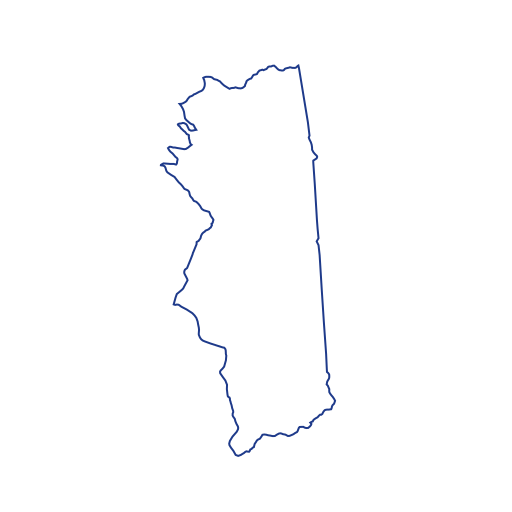 Banissa, North-Eastern, Kenya (Robinson projection), rotated 111°
{"feature_id": "3690345B63925745903052", "entity_name": "Banissa", "entity_type": "district", "adm_level": 2, "iso_a3": "KEN", "parent_name": "Kenya", "parent_adm1": "North-Eastern", "projection": "robinson", "projection_center": [40.459, 3.998], "detail": "fine", "context": "isolated", "style": "outline", "palette": "blue", "viewbox_px": 512, "rotation_deg": 111, "n_neighbors": 0, "source": "geoboundaries", "source_scale": "gbopen_adm2", "svg_char_len": 6114}
<svg xmlns="http://www.w3.org/2000/svg" viewBox="0 0 512 512"><g transform="rotate(111 256 256)"><path d="M449.0,203.7L449.0,201.0L447.2,198.9L446.1,198.1L444.2,196.6L443.0,196.0L441.8,195.0L441.6,193.7L441.2,192.3L440.2,192.0L438.7,192.0L437.7,191.0L436.1,190.4L435.2,189.5L431.9,189.9L430.7,189.6L429.4,189.3L428.0,189.1L426.6,188.3L425.2,186.9L422.5,186.2L420.6,185.9L419.7,184.4L419.2,182.5L419.0,180.4L418.7,179.0L418.5,178.1L418.4,177.2L418.1,175.7L417.3,173.9L415.2,172.4L413.5,170.9L412.8,169.7L412.6,168.4L412.7,167.2L412.2,164.4L412.4,163.3L412.6,161.7L411.9,160.2L409.6,157.8L408.7,157.0L407.6,156.3L406.6,155.5L405.8,154.7L404.7,154.4L401.0,154.4L400.0,154.0L399.2,152.2L398.5,150.5L398.8,149.2L398.6,147.4L397.8,145.7L395.6,144.5L394.2,144.1L392.9,144.1L392.1,145.6L390.9,144.7L390.1,143.7L388.9,143.7L387.7,143.2L386.0,142.0L384.5,140.7L382.5,140.0L381.1,139.2L380.8,138.2L379.7,137.5L378.5,137.4L377.0,137.2L375.3,136.6L374.4,135.5L373.8,134.3L373.2,132.8L372.1,130.9L370.6,130.9L369.2,131.2L367.7,131.0L366.0,130.2L364.7,130.2L362.8,130.3L361.4,131.9L360.0,133.9L359.1,135.6L357.9,137.5L356.9,138.7L355.7,139.3L354.0,139.9L352.8,141.1L351.3,142.5L350.6,144.0L349.5,144.2L347.8,144.5L346.3,144.3L344.9,144.0L343.5,144.0L341.7,144.6L340.3,145.3L339.3,146.8L338.8,148.2L335.9,149.5L322.4,155.4L293.1,169.1L262.9,183.0L232.4,196.9L223.5,201.5L220.6,204.6L217.0,204.0L208.6,208.2L200.8,211.9L167.8,226.9L147.6,236.3L146.4,236.7L143.2,234.4L141.5,234.4L140.7,235.1L139.8,237.3L138.6,239.5L136.7,241.7L134.5,242.6L132.2,243.9L130.2,245.5L128.0,247.9L126.5,249.2L124.4,249.2L112.7,255.4L65.4,283.1L63.0,284.7L63.6,285.2L64.9,285.7L66.0,286.4L66.5,287.2L67.2,289.1L67.4,290.0L67.5,291.2L67.7,292.0L68.5,292.9L69.0,293.7L70.2,295.4L71.0,296.2L72.1,296.4L73.1,297.2L73.6,298.4L73.8,299.6L74.1,300.8L73.9,302.1L73.2,303.9L72.6,305.0L71.8,307.3L72.5,308.7L73.7,309.9L74.1,311.1L74.3,311.4L74.7,312.0L75.1,312.4L75.4,312.5L77.1,313.0L77.8,313.4L79.1,314.9L79.8,315.5L79.8,316.9L80.6,317.8L81.1,318.5L81.6,319.2L83.9,320.1L85.7,320.3L86.3,320.9L87.7,323.0L88.6,323.5L88.9,323.5L90.1,323.7L92.0,324.1L92.9,325.3L94.4,326.5L95.3,327.1L96.4,327.5L97.6,327.3L98.4,327.4L100.1,327.5L101.1,327.2L102.5,327.9L103.9,328.8L105.0,330.3L105.3,331.4L105.7,332.7L105.9,335.6L107.0,336.9L107.4,337.9L108.2,339.4L109.4,340.6L109.1,342.5L108.6,345.1L108.3,346.7L107.5,348.9L106.6,350.9L105.9,352.2L105.8,353.9L105.5,355.2L105.9,358.5L105.6,359.5L105.1,360.9L105.1,362.6L105.9,365.1L106.6,366.9L107.7,368.3L108.6,369.1L109.5,368.3L110.3,367.4L111.3,366.8L112.4,366.1L113.5,365.5L115.6,364.9L117.6,364.8L119.6,365.1L121.3,366.0L123.1,367.9L126.3,370.6L127.4,371.9L128.8,372.6L129.8,373.5L131.0,374.9L132.1,375.4L134.3,376.1L135.8,376.3L137.3,377.0L139.6,378.9L140.6,380.1L141.4,381.8L142.1,380.6L143.0,379.2L145.1,376.7L147.2,374.9L150.6,373.0L153.0,371.5L154.1,369.6L155.7,365.2L156.0,363.6L155.9,361.7L156.9,360.3L158.2,359.0L159.6,357.0L160.4,358.3L161.5,359.9L162.3,361.6L162.1,363.7L158.7,367.3L158.0,368.4L157.7,370.5L158.0,372.0L159.1,373.4L159.7,374.7L160.1,375.2L160.4,375.7L161.1,376.1L161.7,375.6L162.1,374.8L162.3,373.7L162.9,372.9L163.8,371.6L164.1,370.6L165.2,368.1L165.5,366.8L167.0,364.3L167.1,362.2L167.7,361.7L168.8,361.5L169.5,360.9L170.2,360.8L171.0,360.1L171.9,359.5L172.5,359.0L173.4,358.6L175.0,357.1L175.3,356.0L177.7,357.5L178.9,358.1L179.3,358.4L181.2,359.8L182.0,361.3L183.0,366.4L183.4,368.2L183.8,370.6L184.4,372.1L184.5,373.3L184.6,374.7L184.9,375.6L185.2,375.9L185.8,376.3L186.5,376.6L186.8,376.8L187.7,375.8L188.5,374.7L189.3,373.3L189.9,371.5L190.2,370.6L192.4,366.6L192.7,365.3L192.9,364.9L193.3,364.3L193.6,364.0L193.9,363.8L195.2,363.6L196.1,363.5L197.6,363.1L198.0,363.1L198.9,363.2L199.3,363.4L199.5,365.7L200.8,369.1L202.0,373.2L202.7,375.5L203.3,376.1L205.0,377.4L205.4,377.3L205.3,376.7L204.9,375.3L204.9,374.9L204.9,374.1L205.0,373.7L205.1,373.3L206.0,372.2L208.4,370.4L208.7,370.1L209.6,368.8L209.7,368.5L210.7,364.4L211.3,360.9L211.4,360.3L211.7,359.9L213.3,357.3L214.8,354.7L215.0,354.3L215.5,353.0L216.1,351.6L217.2,349.6L218.8,347.2L219.0,346.7L219.1,344.0L219.1,343.5L219.2,343.1L219.7,342.1L220.0,341.6L220.4,341.2L221.5,340.5L222.5,339.8L223.5,339.0L224.3,337.7L225.1,336.0L226.0,335.0L226.8,333.8L226.8,331.4L226.9,330.9L227.1,330.4L228.0,328.3L229.4,326.0L231.1,324.0L231.4,323.5L231.6,323.0L231.9,321.7L232.0,321.2L232.0,320.6L231.7,316.9L231.6,315.6L232.1,315.0L234.6,312.8L235.6,311.4L236.2,310.4L236.9,309.4L237.5,308.7L238.2,308.6L239.2,308.6L239.6,308.5L240.2,308.4L240.9,308.5L241.3,308.6L241.8,309.1L242.3,308.9L243.0,308.2L243.3,308.2L243.7,308.2L244.3,308.4L245.5,308.4L245.9,308.6L246.5,309.1L247.5,309.5L247.8,309.6L248.8,310.5L250.4,312.2L250.7,312.3L251.6,312.6L253.0,313.6L254.4,314.2L255.6,314.4L257.1,314.5L258.3,314.3L259.3,314.2L259.9,314.3L260.3,314.4L261.5,314.8L262.5,315.0L264.1,316.4L265.0,316.2L266.0,315.8L266.3,315.7L266.6,315.7L274.8,315.9L275.5,316.0L277.2,315.8L281.7,315.8L291.8,316.0L292.3,316.2L293.8,317.2L294.2,317.4L295.1,317.5L296.6,317.3L297.1,317.1L298.0,316.6L302.0,312.1L303.2,311.2L303.9,311.3L310.0,312.1L312.2,312.3L312.6,312.4L314.2,313.1L319.9,316.3L323.6,316.2L330.7,315.5L330.7,315.1L330.6,313.9L329.7,312.5L329.6,312.1L329.3,311.2L329.3,310.7L329.3,310.4L330.1,307.5L330.8,301.5L332.2,294.9L333.5,292.1L335.2,289.5L338.1,287.0L340.3,285.7L343.4,283.7L345.4,282.7L349.0,281.6L349.3,281.5L350.1,281.1L352.2,279.1L353.4,277.3L354.0,275.4L354.1,273.3L354.0,267.3L353.3,254.5L353.0,252.8L353.6,251.7L353.8,251.4L354.1,251.1L354.9,250.5L357.1,249.5L357.9,249.2L358.9,248.6L359.3,248.3L359.7,248.0L364.2,246.7L370.7,246.1L373.2,246.9L375.7,248.0L376.9,248.1L378.3,247.4L380.9,243.6L383.2,240.0L386.6,236.9L390.7,235.5L395.5,233.0L396.8,232.2L397.2,231.9L397.6,230.7L397.6,230.1L398.4,229.3L399.8,228.7L401.1,227.6L402.3,226.8L404.1,225.3L406.6,223.7L408.7,221.9L409.9,221.3L411.5,221.3L413.2,220.7L414.1,219.8L415.6,217.5L417.7,216.0L419.7,214.1L421.6,211.8L422.9,211.0L424.3,210.7L427.0,211.0L433.0,213.2L438.0,214.1L440.7,213.8L442.1,213.0L443.9,210.7L446.0,207.3L449.0,203.7Z" fill="none" stroke="#1e3a8a" stroke-width="2"/></g></svg>